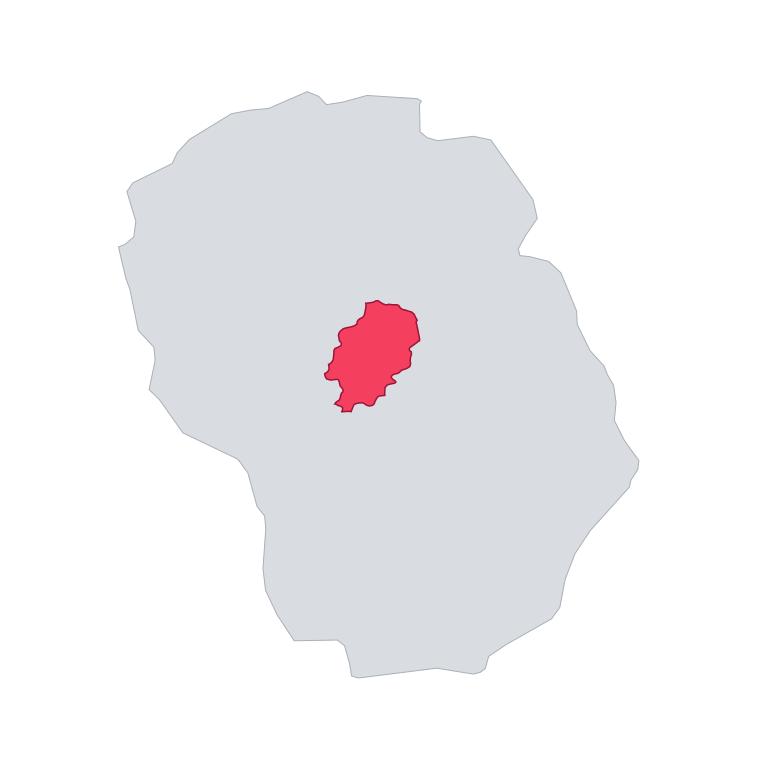 location of Čaška within North Macedonia, rotated 80°
{"feature_id": "MKD-2922", "entity_name": "Čaška", "entity_type": "Statistical Region", "adm_level": 1, "iso_a3": "MKD", "parent_name": "North Macedonia", "parent_adm1": "", "projection": "orthographic", "projection_center": [21.614, 41.585], "detail": "fine", "context": "in_parent", "style": "filled", "palette": "rose", "viewbox_px": 768, "rotation_deg": 80, "n_neighbors": 0, "source": "natural_earth", "source_scale": "10m", "svg_char_len": 3020}
<svg xmlns="http://www.w3.org/2000/svg" viewBox="0 0 768 768"><g transform="rotate(80 384 384)"><path d="M345.8,181.7L358.8,183.4L387.0,175.3L404.6,164.1L413.5,162.4L425.4,158.1L442.5,158.7L459.9,163.5L481.9,156.9L503.6,146.3L512.3,148.9L521.7,157.7L528.0,160.1L564.4,206.6L584.3,225.4L607.8,239.5L634.6,249.7L644.3,259.7L662.0,309.4L670.4,328.2L681.8,333.7L684.6,339.1L685.2,346.3L673.0,381.6L669.1,460.3L665.9,466.6L652.5,466.5L634.7,468.4L628.0,474.6L621.3,517.0L592.7,529.4L566.7,536.5L544.6,535.2L505.8,525.5L493.2,524.5L482.4,530.3L447.9,533.5L432.7,541.0L397.2,590.5L361.0,607.6L348.7,616.3L321.0,605.3L307.8,604.2L288.6,616.7L246.6,617.8L235.3,619.9L202.9,621.7L201.6,614.9L195.7,604.9L180.6,600.1L149.8,603.8L142.3,596.4L130.1,554.3L120.3,547.4L109.4,533.2L91.3,487.3L91.1,467.3L92.6,449.9L82.8,408.8L89.3,398.5L98.9,392.1L99.2,375.7L96.9,350.6L108.8,301.6L111.9,298.1L114.7,300.5L142.0,304.7L149.1,298.5L153.7,288.9L155.6,252.9L162.2,236.4L228.3,205.3L247.6,204.3L262.4,218.9L274.1,228.2L281.2,227.9L283.8,218.6L291.9,200.6L305.4,190.4L345.4,181.7L345.8,181.7Z" fill="#d9dde1" stroke="#a8b0b8" stroke-width="1"/><path d="M301.3,388.0L301.4,387.0L301.6,383.2L301.6,380.2L300.7,377.6L300.9,375.6L301.7,374.6L303.0,373.3L305.1,370.8L306.6,368.0L306.3,365.7L307.4,361.9L308.2,357.5L309.3,355.8L312.0,354.7L313.7,353.0L315.0,349.9L316.4,347.4L317.9,344.3L320.4,342.3L324.9,341.0L327.0,340.2L328.4,341.6L331.7,341.5L335.9,341.3L340.8,341.2L345.9,341.1L347.7,341.6L347.4,342.3L348.9,344.4L350.9,348.5L352.6,352.1L353.8,353.1L355.2,353.1L356.2,352.4L357.0,351.6L358.3,351.6L359.6,351.8L361.4,352.8L363.3,353.6L366.2,354.2L368.8,354.3L371.3,355.6L372.7,359.0L373.5,364.3L375.5,367.3L376.1,369.9L376.0,371.7L376.4,373.5L377.7,375.4L378.9,375.6L380.2,375.0L380.9,374.5L382.3,373.1L383.0,372.3L384.2,372.0L385.0,373.2L385.1,375.3L385.2,378.6L385.6,381.2L387.7,383.6L393.1,384.9L395.4,385.2L395.3,385.7L395.1,389.0L395.0,391.3L396.5,393.4L399.3,395.6L402.1,397.4L403.1,399.3L403.1,402.3L402.0,404.7L400.4,406.3L398.8,408.3L398.4,411.2L398.4,414.5L399.1,417.2L401.6,418.8L404.4,420.5L405.5,421.1L404.8,423.7L404.5,425.7L404.1,429.7L404.0,431.0L403.9,430.7L402.8,429.4L400.0,428.9L398.5,430.4L397.2,433.0L395.1,435.4L395.1,435.8L393.9,434.8L392.7,432.5L391.9,430.6L389.7,429.4L387.4,428.5L385.6,427.5L384.7,426.0L383.4,425.5L381.8,425.5L379.9,426.5L378.8,427.4L376.3,427.7L374.8,427.7L372.6,427.9L371.9,428.3L371.2,429.6L371.1,432.2L370.9,435.8L369.1,439.5L367.9,440.1L365.6,440.7L363.4,440.6L363.0,438.9L361.7,436.9L360.0,435.6L358.2,435.3L356.1,435.2L355.1,435.2L354.8,433.9L353.3,431.6L351.1,429.7L348.4,429.0L344.9,428.0L342.7,427.6L341.2,426.8L340.3,425.5L339.9,423.2L339.2,420.9L338.6,419.5L337.0,419.0L335.5,419.2L334.1,420.3L332.6,420.4L330.4,420.4L328.1,420.4L325.6,419.2L324.0,417.3L322.5,414.5L322.1,411.4L322.1,407.1L321.6,403.4L320.4,400.4L317.9,399.5L316.6,398.4L315.4,396.2L314.8,393.6L312.8,391.4L309.0,389.9L306.4,388.9L303.3,388.0L301.3,388.0Z" fill="#f43f5e" stroke="#9f1239" stroke-width="1.5"/></g></svg>